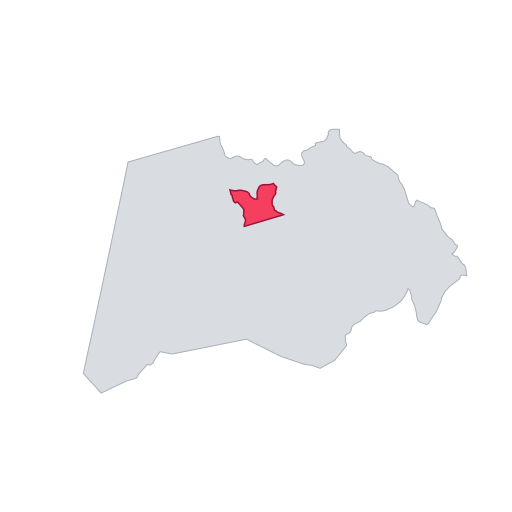 Biltine, Wadi Fira, Chad (highlighted), rotated 254°
{"feature_id": "50815135B98948114650625", "entity_name": "Biltine", "entity_type": "district", "adm_level": 2, "iso_a3": "TCD", "parent_name": "Chad", "parent_adm1": "Wadi Fira", "projection": "mercator", "projection_center": [20.967, 14.969], "detail": "fine", "context": "in_parent", "style": "filled", "palette": "rose", "viewbox_px": 512, "rotation_deg": 254, "n_neighbors": 0, "source": "geoboundaries", "source_scale": "gbopen_adm2", "svg_char_len": 4912}
<svg xmlns="http://www.w3.org/2000/svg" viewBox="0 0 512 512"><g transform="rotate(254 256 256)"><path d="M381.6,158.9L381.6,170.2L381.6,181.4L381.6,192.6L381.6,203.8L381.6,214.9L381.6,226.1L381.6,237.2L381.6,248.3L381.6,251.9L381.3,253.4L381.2,253.6L380.7,253.8L375.1,252.8L372.6,252.8L369.1,253.6L364.0,254.0L360.7,253.8L358.4,255.7L356.6,258.0L357.5,263.5L357.3,265.3L356.6,267.2L355.0,268.8L353.5,270.1L352.5,271.3L351.4,273.7L350.5,274.9L350.6,276.4L350.3,278.1L349.4,278.9L347.0,279.5L345.5,280.3L344.3,281.5L343.4,282.3L343.9,283.4L344.5,285.0L344.8,287.4L345.0,288.9L346.2,290.0L346.9,290.9L347.2,291.9L346.5,292.7L343.6,294.5L342.4,295.1L341.1,296.0L340.6,296.4L338.5,298.1L337.4,299.5L336.9,300.8L336.9,302.5L338.0,305.0L339.2,307.2L339.6,308.8L339.9,310.6L339.8,312.3L339.2,313.8L338.1,315.1L334.1,317.6L332.1,320.4L330.6,323.7L330.2,325.5L330.6,326.7L331.4,327.7L332.6,328.3L334.3,328.4L337.2,327.9L339.9,327.5L342.7,328.7L344.2,331.5L343.6,333.5L344.7,337.2L345.7,341.7L345.6,343.2L346.0,343.7L347.8,344.0L348.2,345.1L347.6,352.9L348.4,355.0L349.6,356.6L351.0,357.4L352.3,358.5L353.0,359.2L354.6,359.3L356.3,360.8L356.8,362.7L356.7,364.5L355.7,368.4L354.8,371.1L353.8,370.9L351.7,370.3L349.2,369.7L346.1,369.2L343.1,370.3L340.0,371.7L338.9,372.8L338.1,373.4L336.6,373.3L335.4,373.5L334.7,374.4L333.5,375.5L328.9,377.8L327.9,378.7L327.3,379.5L327.3,380.4L327.8,382.2L327.8,384.5L326.8,386.4L325.6,387.6L324.2,388.1L323.1,388.4L322.3,389.2L319.9,393.4L318.9,394.2L316.8,394.0L310.7,400.3L310.1,402.2L307.9,404.9L305.1,407.8L302.6,409.2L302.4,409.7L301.7,410.3L300.1,410.9L294.8,414.5L288.4,414.4L285.5,415.8L282.8,416.4L278.7,417.1L277.5,417.0L272.3,417.3L266.2,417.2L263.9,417.7L261.7,419.1L260.1,420.3L259.9,420.7L260.1,421.2L260.1,421.5L264.3,424.5L265.4,425.9L264.3,427.3L263.8,427.5L263.7,427.6L263.0,428.7L260.5,431.9L256.8,435.8L254.8,436.9L254.0,437.7L253.0,440.2L252.4,440.6L249.8,440.9L244.6,441.2L237.5,442.1L233.2,442.3L230.6,442.1L226.8,443.9L225.5,444.3L224.7,444.5L221.0,446.2L217.9,448.9L216.8,449.4L212.5,450.5L210.7,452.4L209.9,452.5L207.2,450.1L205.3,447.9L204.3,445.7L204.2,444.9L203.7,445.1L202.2,446.1L200.9,447.2L200.3,449.3L195.8,450.8L192.0,452.0L190.2,453.6L187.5,454.3L184.1,454.0L181.4,453.4L178.8,453.2L180.1,451.2L180.6,449.8L180.7,448.0L180.5,446.8L178.9,446.2L177.9,445.3L175.7,439.7L173.4,433.9L170.1,428.3L166.6,424.7L164.1,422.5L163.2,422.2L161.9,421.5L161.0,420.8L156.3,417.0L151.5,412.7L150.2,410.7L147.8,407.8L145.1,404.7L143.6,403.4L143.0,400.9L144.9,398.6L146.9,395.8L149.3,393.9L152.5,393.8L157.8,394.5L163.5,394.8L169.1,394.2L170.5,393.8L172.0,393.9L175.0,394.5L180.3,394.4L183.0,393.2L180.1,391.3L176.9,388.2L174.0,384.7L172.2,381.7L170.5,377.7L169.0,372.8L168.1,366.4L168.2,362.8L168.7,360.2L170.3,356.0L169.2,353.5L169.5,351.5L169.3,348.6L168.8,347.1L166.8,342.2L166.3,341.6L164.5,338.2L163.7,332.6L161.7,328.8L158.4,327.0L156.5,324.8L155.8,320.9L154.5,319.8L149.4,318.5L145.1,318.5L141.9,314.1L137.9,308.4L134.1,303.1L131.7,292.5L130.4,286.5L131.9,284.6L135.0,280.3L138.9,272.1L147.8,259.2L152.3,252.7L161.3,242.8L172.4,230.7L178.7,223.9L179.7,211.4L180.8,198.2L181.6,188.1L182.6,176.2L183.4,166.2L184.0,158.9L184.9,148.6L185.7,146.6L190.0,138.4L190.3,137.3L189.5,136.0L183.3,129.0L181.4,127.5L180.3,123.9L181.9,121.8L174.4,110.1L172.5,108.7L171.7,107.3L171.6,105.2L171.5,97.0L169.5,84.3L166.9,69.3L175.7,65.1L182.3,61.8L190.8,57.7L198.7,61.9L210.2,68.0L221.6,74.2L233.0,80.3L244.4,86.4L255.9,92.5L267.3,98.6L278.7,104.6L290.1,110.7L301.6,116.8L313.0,122.8L324.4,128.8L335.9,134.9L347.3,140.9L358.7,146.9L370.1,152.9L381.6,158.9Z" fill="#d9dde1" stroke="#a8b0b8" stroke-width="1"/><path d="M288.1,293.8L289.9,292.0L290.3,291.4L291.1,290.2L291.6,289.5L292.4,288.5L293.5,287.9L295.2,286.4L298.2,286.6L299.3,286.1L301.1,285.7L302.4,286.1L303.8,286.5L304.9,286.8L306.8,288.0L308.6,289.7L309.6,291.0L310.6,292.1L311.2,292.4L312.5,292.4L312.9,292.6L313.1,292.7L313.9,293.5L314.8,293.8L315.2,293.9L315.5,294.1L316.5,294.9L318.0,294.2L319.6,293.1L320.9,292.8L320.9,292.7L320.8,289.7L321.1,287.7L321.9,285.0L322.6,282.2L322.5,280.4L322.3,279.3L321.7,278.2L320.9,277.6L319.8,276.5L318.2,275.3L316.2,274.3L314.2,274.0L312.4,273.3L310.6,273.3L310.7,271.9L311.2,270.2L311.9,269.5L313.0,268.4L315.0,266.9L316.6,266.8L318.2,266.5L319.3,265.8L320.1,265.2L321.0,264.0L322.1,262.1L323.2,260.0L323.9,257.9L324.0,257.1L324.0,256.5L324.0,255.7L324.5,253.4L325.3,251.9L325.8,250.7L326.8,249.2L324.0,249.1L322.0,249.0L321.2,249.4L320.6,249.8L320.2,249.7L319.0,249.4L317.4,249.6L315.0,249.5L314.7,249.7L312.8,250.7L312.9,250.9L312.9,252.0L312.9,253.2L310.8,254.2L310.1,254.6L309.1,255.0L306.8,256.1L306.5,256.3L304.1,257.1L303.1,256.7L302.6,256.6L301.9,256.5L300.8,256.1L299.9,255.8L299.7,255.7L299.3,255.5L298.5,255.0L296.3,255.4L294.3,255.9L292.6,255.6L289.0,253.2L287.7,252.9L287.7,254.9L288.0,282.8L288.1,293.8Z" fill="#f43f5e" stroke="#9f1239" stroke-width="1.5"/></g></svg>